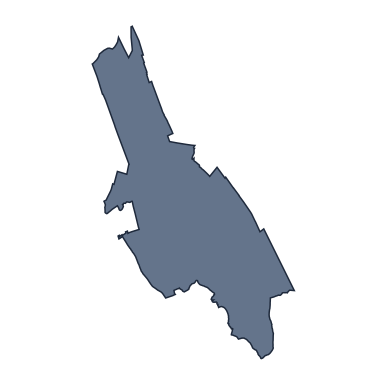 Urecheni, Neamt, Romania, rotated 275°
{"feature_id": "2599482B48962297444856", "entity_name": "Urecheni", "entity_type": "district", "adm_level": 2, "iso_a3": "ROU", "parent_name": "Romania", "parent_adm1": "Neamt", "projection": "robinson", "projection_center": [26.516, 47.174], "detail": "fine", "context": "isolated", "style": "filled", "palette": "slate", "viewbox_px": 384, "rotation_deg": 275, "n_neighbors": 0, "source": "geoboundaries", "source_scale": "gbopen_adm2", "svg_char_len": 5785}
<svg xmlns="http://www.w3.org/2000/svg" viewBox="0 0 384 384"><g transform="rotate(275 192 192)"><path d="M351.7,117.8L351.2,116.9L340.7,117.9L329.3,120.0L327.7,120.2L320.3,117.2L328.8,111.8L339.7,105.3L335.0,104.8L332.2,103.6L329.6,102.2L327.5,100.3L328.1,97.2L327.8,95.5L325.4,91.9L321.4,87.8L318.4,87.2L315.4,85.6L311.3,82.2L310.8,81.5L298.8,87.3L292.1,90.1L288.2,91.6L286.6,92.3L281.8,94.2L281.6,94.3L281.5,94.5L281.6,94.8L279.9,95.8L276.1,97.9L252.2,108.9L250.0,109.8L242.5,113.3L214.1,126.9L214.0,126.7L213.7,126.6L204.0,125.5L206.0,115.9L192.8,113.6L193.2,112.3L187.8,111.4L185.8,110.8L178.9,108.1L176.5,107.2L175.1,105.1L174.5,105.4L174.1,105.7L173.4,106.1L172.5,106.4L171.9,106.8L171.1,106.8L170.1,106.7L169.0,106.5L167.7,106.8L166.5,106.9L165.6,107.1L164.5,107.1L164.3,107.1L163.7,107.5L163.5,107.8L163.1,108.7L163.0,108.9L163.1,109.2L163.5,109.8L164.3,110.5L165.6,111.9L167.9,114.1L171.8,118.9L169.6,120.4L169.1,120.6L168.1,121.0L167.7,121.4L167.5,121.8L167.4,122.1L167.4,122.3L167.8,123.0L168.8,123.9L170.3,124.5L171.6,124.9L172.7,124.4L173.3,124.5L173.5,124.0L174.9,125.1L174.9,125.8L174.9,126.6L175.2,126.9L176.2,127.5L176.4,127.9L176.4,129.4L176.3,130.2L176.2,130.9L176.4,131.3L177.0,131.9L177.6,133.1L177.4,133.3L172.7,134.7L165.4,137.3L152.6,141.6L150.1,142.6L147.5,136.2L146.4,133.7L145.8,132.6L145.2,131.8L147.4,131.1L146.5,129.3L145.3,129.7L142.6,126.3L143.3,126.0L141.5,123.7L142.5,123.3L141.7,122.2L138.9,123.3L141.5,126.7L140.0,127.7L136.5,130.4L133.5,132.6L132.2,133.7L130.4,135.2L130.1,135.7L128.9,136.4L128.3,137.1L127.0,137.9L125.6,139.3L122.9,141.3L121.3,142.2L120.8,142.3L120.4,142.6L115.8,144.8L115.3,145.3L111.9,146.8L110.3,147.7L109.0,148.2L108.5,148.6L107.1,149.8L106.7,150.0L105.9,150.6L105.3,151.3L104.2,152.4L101.7,154.9L99.6,156.6L98.4,157.5L98.2,157.8L97.5,158.2L94.7,160.7L94.5,160.9L92.7,164.1L91.1,166.7L90.9,167.3L89.7,169.9L89.3,170.4L88.9,171.0L87.7,172.1L84.1,175.0L87.2,182.1L87.5,182.4L88.5,184.3L89.5,183.4L92.4,182.6L94.7,186.8L94.5,187.3L94.6,187.8L94.7,188.0L95.0,188.0L94.6,188.5L94.1,189.2L93.9,189.7L93.7,190.4L92.4,191.4L91.8,193.0L94.0,196.3L94.2,196.6L94.7,196.8L95.1,197.4L95.6,197.3L97.9,198.1L98.8,198.5L99.3,199.1L100.5,199.9L101.3,202.0L102.3,202.9L103.5,203.4L104.3,204.0L104.2,205.2L103.6,205.4L103.1,205.5L102.7,205.9L102.0,206.3L100.9,207.4L100.4,208.1L100.3,208.6L100.0,209.2L99.9,210.0L99.5,211.2L99.4,212.2L99.0,212.9L98.2,215.7L97.2,217.0L96.7,217.7L95.7,218.8L95.4,219.5L94.4,220.8L93.1,223.1L91.8,223.3L91.3,222.6L90.8,222.7L89.5,221.8L89.0,221.1L87.9,220.9L87.2,220.7L86.9,220.4L86.7,220.5L86.5,220.9L85.8,221.2L85.7,221.3L86.1,221.9L86.1,222.1L86.2,222.6L85.1,221.6L84.8,221.7L84.5,222.0L84.1,222.6L84.2,224.2L84.5,225.7L84.4,226.1L83.9,226.6L83.2,226.5L82.6,226.7L82.2,227.3L82.2,227.6L81.6,227.5L81.3,227.6L81.0,227.7L80.4,228.3L79.3,228.6L79.8,229.5L80.2,230.4L80.4,231.1L80.5,231.6L80.4,232.0L80.3,232.3L80.1,232.8L80.0,233.4L79.4,234.5L78.6,235.4L76.9,236.8L76.4,237.1L75.7,237.5L73.7,238.5L72.3,238.9L71.9,239.2L70.6,239.2L69.3,239.5L69.0,239.6L68.5,239.6L68.1,239.6L67.1,239.5L66.3,239.7L64.5,239.2L64.2,239.3L63.9,239.6L64.0,239.8L64.0,240.1L63.5,240.1L62.7,240.3L62.0,240.7L61.8,241.1L61.0,241.6L60.9,241.7L60.9,242.1L59.8,242.7L59.7,243.0L59.4,243.4L59.2,243.4L59.4,243.9L59.5,244.2L59.3,244.5L59.1,244.6L58.2,244.3L56.6,244.2L54.2,243.7L53.4,243.6L53.1,243.7L53.0,245.1L52.8,245.7L52.6,246.3L52.3,247.3L52.2,247.9L51.8,248.9L51.4,249.5L51.1,249.9L50.4,250.3L49.5,251.1L50.3,253.2L50.8,254.4L51.0,256.5L50.9,257.0L50.5,257.5L50.2,258.5L49.4,259.8L47.9,261.4L46.7,263.1L44.7,264.5L43.4,265.3L42.8,265.6L42.3,265.8L41.7,266.3L41.2,267.1L40.3,268.7L39.9,269.9L39.5,270.2L38.6,270.7L37.8,271.2L37.4,271.6L36.5,271.8L35.9,272.1L35.0,272.9L34.9,273.2L33.8,274.3L32.2,275.2L32.1,275.7L32.8,277.0L35.5,279.3L35.6,279.7L35.7,280.2L36.2,280.8L36.4,281.5L36.7,282.3L38.1,283.7L39.9,284.9L41.5,285.8L42.8,286.3L43.4,286.5L44.3,286.4L44.9,286.2L45.6,286.1L46.5,286.1L48.7,285.8L49.8,285.7L51.1,285.7L51.5,285.7L56.0,285.4L58.1,285.4L59.1,285.0L60.1,284.6L62.0,284.2L63.0,283.9L63.6,283.5L64.2,283.5L64.9,283.3L65.0,283.3L65.6,283.1L66.0,283.0L66.6,283.1L67.2,283.1L67.4,282.8L68.9,282.3L70.3,281.8L71.2,281.2L72.0,280.7L73.3,280.3L74.7,279.8L76.5,279.5L78.7,279.4L81.6,279.5L82.5,279.7L85.4,279.7L87.7,279.6L88.0,279.5L89.8,279.5L93.3,279.3L93.6,280.0L94.6,282.7L95.4,284.2L95.7,284.6L95.8,285.0L95.8,285.3L96.1,285.8L96.5,286.6L96.8,286.9L96.7,288.1L96.8,288.3L96.8,288.9L97.2,289.4L97.7,289.9L98.9,290.7L99.4,290.8L99.7,292.1L99.8,293.8L100.0,295.1L99.8,295.7L101.2,296.5L102.6,297.7L102.7,298.0L102.7,300.3L102.7,302.5L161.5,266.7L158.3,263.2L167.7,257.9L168.9,257.1L175.2,253.4L177.0,252.1L186.5,244.3L187.4,243.5L192.4,239.1L192.6,239.2L199.6,233.0L199.5,232.9L209.7,224.3L208.6,223.7L218.8,214.8L209.1,208.3L209.8,207.6L211.6,205.5L215.0,201.3L215.6,200.2L217.2,198.4L217.4,197.9L217.5,197.5L217.7,197.2L219.1,197.1L219.4,196.9L219.8,196.6L220.6,195.2L221.4,194.2L222.3,192.9L222.7,192.0L223.3,191.3L223.6,191.2L224.2,191.1L225.8,191.0L225.0,190.3L224.7,190.0L224.5,189.6L224.7,189.3L225.0,189.1L226.1,189.2L226.6,189.3L227.1,189.4L228.0,189.6L228.9,190.0L230.6,190.6L231.3,190.7L234.2,190.3L234.8,190.4L235.6,190.7L235.6,190.4L235.7,190.2L236.1,189.8L236.4,189.7L237.2,190.0L238.6,190.8L238.6,187.8L238.9,182.3L239.6,172.6L240.3,165.3L245.8,162.8L247.9,166.4L248.6,167.8L251.0,166.6L253.3,165.3L257.2,163.1L258.6,162.2L260.6,161.2L262.0,160.3L264.7,158.4L265.2,158.0L265.9,157.5L266.0,157.5L266.3,157.6L268.6,156.1L269.7,155.5L272.3,154.4L277.1,152.1L291.7,145.2L294.6,143.8L298.6,142.1L297.3,139.8L305.0,136.6L305.3,137.0L307.0,136.2L307.4,136.7L316.2,132.6L316.7,133.2L323.8,129.9L324.0,130.4L324.2,131.5L338.1,125.9L351.9,118.0L351.7,117.8Z" fill="#64748b" stroke="#1e293b" stroke-width="1.5"/></g></svg>